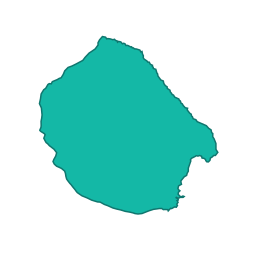 the district of Malabo, Bioko Norte, Equatorial Guinea, rotated 107°
{"feature_id": "11065452B197102371645", "entity_name": "Malabo", "entity_type": "district", "adm_level": 2, "iso_a3": "GNQ", "parent_name": "Equatorial Guinea", "parent_adm1": "Bioko Norte", "projection": "robinson", "projection_center": [8.719, 3.675], "detail": "fine", "context": "isolated", "style": "filled", "palette": "teal", "viewbox_px": 256, "rotation_deg": 107, "n_neighbors": 0, "source": "geoboundaries", "source_scale": "gbopen_adm2", "svg_char_len": 2828}
<svg xmlns="http://www.w3.org/2000/svg" viewBox="0 0 256 256"><g transform="rotate(107 128 128)"><path d="M195.5,65.3L192.4,63.8L192.3,62.7L189.9,60.4L189.6,58.6L188.8,58.5L187.8,58.0L186.5,59.1L184.5,58.4L184.0,59.0L183.5,59.1L183.1,59.9L182.1,58.9L181.2,59.4L180.6,61.6L180.2,61.5L180.5,59.8L179.9,58.6L179.1,57.8L178.2,55.0L177.1,54.3L177.0,55.6L178.0,56.6L178.2,58.1L176.7,60.7L174.7,61.0L172.9,60.0L172.4,61.3L171.3,62.6L168.5,62.7L166.2,60.4L164.2,61.6L162.9,61.9L158.1,59.9L156.2,58.1L154.0,58.2L151.7,57.7L148.7,58.6L141.1,58.3L140.3,59.0L138.5,58.5L135.6,55.5L134.5,54.6L134.4,52.9L133.4,51.6L133.5,49.4L135.1,48.4L134.8,46.5L135.4,44.8L136.5,44.0L137.3,42.7L136.9,41.2L135.0,40.2L132.6,40.4L131.1,39.0L129.2,38.0L128.7,36.4L125.0,35.0L122.8,37.6L117.1,39.4L113.2,42.5L111.6,44.4L108.5,45.3L107.9,46.7L105.5,48.0L104.7,50.8L102.9,53.7L101.7,63.7L100.2,65.5L100.1,68.4L98.4,69.7L98.0,70.7L96.3,71.6L95.8,73.3L93.4,76.7L91.7,76.8L91.9,79.2L90.4,81.7L89.0,83.2L88.7,84.6L86.9,85.8L86.5,87.0L85.4,87.9L84.8,92.4L83.2,94.1L83.1,95.5L82.1,96.5L81.1,98.1L79.6,98.9L78.7,102.0L77.1,102.7L76.6,104.7L74.9,106.8L72.7,108.0L72.5,110.6L69.6,114.5L67.5,115.6L66.9,116.5L63.7,118.6L63.8,119.5L63.6,121.2L62.5,121.7L62.0,122.8L60.9,122.9L60.5,125.3L58.8,127.0L59.2,128.3L58.4,129.4L57.4,132.7L56.3,134.0L54.5,134.4L52.8,135.9L50.7,137.0L51.5,138.0L50.0,139.5L50.0,143.1L50.4,145.0L49.8,146.3L50.1,147.4L49.3,148.3L49.7,149.0L49.1,152.5L49.7,154.2L48.5,155.2L48.2,156.8L49.1,158.0L47.8,160.0L47.9,162.3L49.0,163.1L47.9,163.8L47.9,165.6L47.1,166.8L48.0,168.3L48.0,171.2L48.4,173.5L49.0,174.4L47.7,176.0L48.0,179.2L48.7,179.5L52.1,181.0L55.3,181.6L57.4,180.9L62.0,182.5L64.8,184.7L67.7,187.1L73.0,189.7L76.6,191.0L78.8,193.2L82.1,196.5L85.2,199.8L87.6,203.0L91.8,205.2L95.7,205.6L99.5,206.6L100.7,208.3L102.4,209.8L104.2,212.0L105.8,213.9L108.2,214.3L108.6,216.3L109.8,217.3L114.1,218.3L116.1,219.8L120.9,221.0L125.8,220.2L130.6,219.8L134.1,216.7L140.6,214.0L143.9,213.4L147.0,213.1L150.9,211.8L152.8,211.4L155.9,211.7L156.3,211.3L156.5,210.9L156.8,210.2L157.0,209.6L157.2,208.8L157.3,208.1L157.6,207.5L157.8,206.6L157.8,206.3L158.2,206.0L158.3,205.8L158.6,205.3L162.4,205.5L164.6,203.4L165.9,202.0L166.5,200.3L167.9,198.0L169.9,192.6L171.4,190.5L172.5,189.0L176.0,188.9L179.6,189.7L182.0,189.9L184.1,187.9L185.4,185.1L185.7,182.5L186.1,179.8L187.7,176.0L189.8,174.5L192.3,173.3L194.7,171.8L195.9,170.3L197.9,167.5L198.8,165.9L200.4,163.7L202.5,160.5L203.4,159.4L204.6,157.6L206.3,152.2L206.8,146.6L207.6,141.6L207.6,135.5L207.0,133.0L208.0,128.3L208.2,124.5L208.9,119.1L208.8,115.0L208.5,111.1L208.5,106.2L207.9,101.6L207.7,98.0L207.8,96.4L207.3,93.3L205.7,89.6L202.9,86.1L201.0,83.7L198.3,79.8L196.8,76.5L195.8,74.5L195.1,72.1L195.7,70.4L195.1,68.7L194.4,66.1L195.5,65.3Z" fill="#14b8a6" stroke="#0f766e" stroke-width="1.5"/></g></svg>